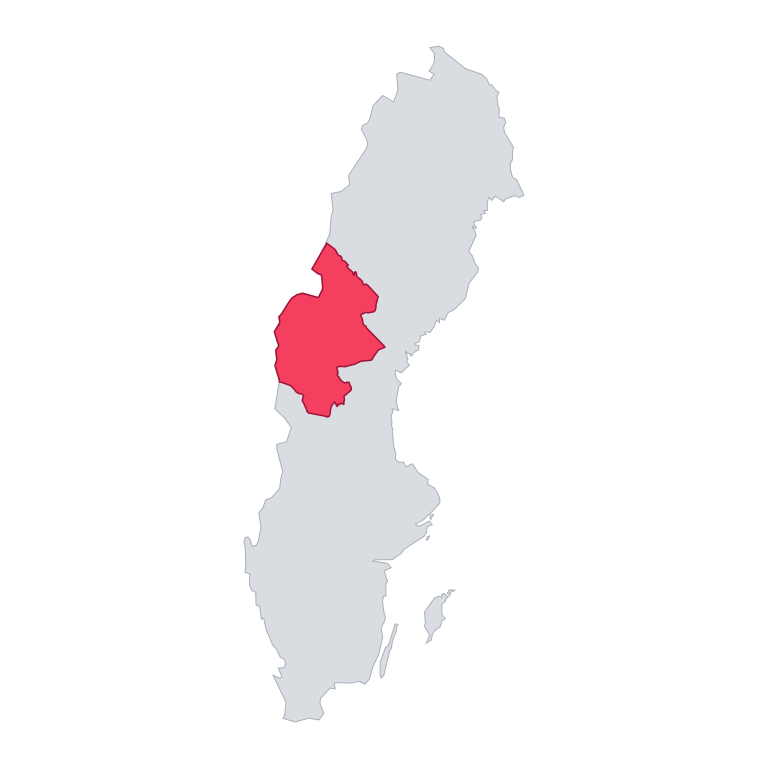 location of Jämtland within Sweden
{"feature_id": "SWE-189", "entity_name": "Jämtland", "entity_type": "County", "adm_level": 1, "iso_a3": "SWE", "parent_name": "Sweden", "parent_adm1": "", "projection": "orthographic", "projection_center": [14.766, 63.349], "detail": "fine", "context": "in_parent", "style": "filled", "palette": "rose", "viewbox_px": 768, "rotation_deg": 0, "n_neighbors": 0, "source": "natural_earth", "source_scale": "10m", "svg_char_len": 6476}
<svg xmlns="http://www.w3.org/2000/svg" viewBox="0 0 768 768"><path d="M250.2,539.7L252.0,546.0L256.4,545.4L258.3,541.0L261.1,527.8L258.8,512.9L262.9,507.9L265.7,499.8L271.6,497.7L279.7,488.4L280.8,478.7L282.8,471.7L277.0,449.7L276.7,444.3L286.6,441.8L291.2,427.6L284.8,418.1L274.8,408.9L279.3,381.3L275.6,366.1L276.4,359.7L276.1,350.0L278.7,346.1L274.5,331.6L279.6,321.9L279.0,316.8L293.1,297.4L302.0,293.9L318.3,297.3L322.2,289.4L322.4,285.2L321.0,275.2L312.1,269.2L322.1,251.5L329.7,234.0L331.2,217.1L333.0,209.9L331.2,193.4L341.1,191.5L349.8,184.6L348.5,175.6L367.0,147.5L367.5,142.6L365.9,137.9L361.3,129.5L362.5,125.5L367.4,123.1L369.7,119.3L372.9,106.1L382.5,95.5L393.7,101.9L397.9,90.1L396.7,74.1L400.5,72.2L429.9,80.3L434.2,74.0L429.1,71.2L433.4,64.4L434.4,60.3L434.5,55.7L434.1,53.2L429.7,47.6L438.5,46.1L443.5,48.4L444.3,51.9L465.5,68.7L481.8,74.3L486.9,79.1L489.2,84.8L491.7,84.7L495.3,89.9L498.8,92.5L496.8,96.7L498.0,105.4L499.3,109.3L498.8,117.0L504.2,118.1L505.7,122.5L503.6,127.5L504.6,132.6L513.4,147.1L512.4,152.4L512.8,158.8L510.3,163.9L510.4,168.9L511.8,175.0L513.3,177.9L516.6,179.5L524.0,195.5L518.9,197.4L514.6,195.7L505.5,199.0L503.5,201.8L495.5,196.1L491.9,200.3L488.7,197.4L487.1,203.1L487.3,210.6L483.9,210.4L485.4,213.1L481.0,214.6L480.8,215.8L481.9,217.5L480.7,220.0L474.5,221.4L473.9,224.0L476.0,226.7L476.1,228.5L471.8,226.2L475.1,231.3L476.1,235.2L468.7,251.7L472.1,255.5L475.4,264.0L478.5,267.7L477.8,271.9L469.3,282.8L465.3,298.5L454.1,309.6L448.0,312.7L444.4,320.2L439.4,318.4L439.5,322.5L436.3,320.1L434.1,326.7L430.1,332.4L425.2,331.7L424.7,332.7L426.3,334.2L420.8,335.9L419.4,341.6L415.4,343.4L414.8,345.2L419.0,345.3L418.4,350.0L413.7,352.5L412.1,355.6L410.0,355.6L410.3,353.4L407.1,353.6L406.0,351.1L405.4,351.8L407.9,359.1L406.4,362.2L409.6,365.0L401.1,372.8L395.6,370.2L395.0,372.4L396.4,378.7L401.3,383.5L398.6,386.9L396.1,401.7L398.6,410.6L392.2,408.9L392.8,412.2L391.0,416.2L392.0,422.0L391.5,425.8L393.0,429.1L392.3,430.8L393.8,446.8L395.9,453.6L395.4,459.1L398.1,461.9L403.8,462.4L405.6,466.8L412.6,463.8L418.1,472.5L428.1,479.5L427.8,484.5L434.2,487.7L438.2,494.2L439.9,499.7L439.7,503.2L430.5,513.2L423.3,519.9L415.7,524.1L416.2,525.6L420.1,526.0L429.2,521.0L432.2,524.8L427.2,526.9L426.4,532.4L424.4,536.0L404.0,549.3L401.4,553.2L392.2,559.7L375.2,559.8L372.7,561.1L387.4,563.3L391.1,567.7L384.2,570.8L387.5,581.5L385.8,584.1L386.0,596.0L383.4,596.3L382.5,601.3L384.1,613.2L385.4,616.5L385.0,619.9L381.1,628.1L382.7,637.7L378.3,655.4L373.2,665.7L369.3,679.3L364.7,684.2L359.2,681.3L351.0,683.1L336.1,682.6L334.2,684.0L335.3,688.9L329.9,688.1L320.4,698.6L320.0,703.7L323.8,713.5L319.1,719.9L308.8,718.2L295.2,721.9L283.1,718.4L284.7,715.1L286.0,702.1L273.0,675.2L279.3,678.1L282.0,676.8L278.3,668.1L283.7,667.7L285.5,664.6L284.7,659.6L280.3,657.3L276.6,649.3L272.7,645.1L266.0,629.2L263.8,618.3L261.4,619.2L259.7,606.7L256.0,604.7L255.8,592.2L251.8,590.6L249.5,584.7L249.6,573.9L244.9,572.2L245.8,567.0L245.2,547.8L244.0,541.7L245.4,537.4L248.0,537.1L250.2,539.7ZM448.4,597.0L446.3,598.3L445.2,601.8L441.9,603.8L441.9,614.7L445.3,618.7L442.1,620.7L440.2,626.6L434.5,630.9L432.3,634.7L431.3,640.1L426.3,643.2L429.6,635.0L424.3,626.1L425.4,622.7L424.5,612.1L434.3,598.2L439.0,596.2L441.3,597.6L442.0,594.3L443.5,593.4L448.4,597.0ZM383.7,675.7L381.1,678.0L380.2,674.8L380.2,662.2L385.7,647.0L388.3,645.7L394.8,625.1L395.6,623.8L398.0,624.9L396.3,626.9L396.5,630.4L392.3,641.5L391.3,648.6L389.8,650.4L383.7,675.7ZM450.2,592.6L449.9,595.7L447.2,593.4L449.4,589.8L454.6,590.3L450.2,592.6ZM433.6,514.5L430.7,519.5L429.9,517.5L430.5,515.1L433.6,514.5ZM427.9,539.7L426.3,540.1L427.3,536.8L429.5,535.9L427.9,539.7Z" fill="#d9dde1" stroke="#a8b0b8" stroke-width="1"/><path d="M326.6,243.2L326.8,243.3L334.4,248.9L335.6,250.2L335.9,250.8L336.3,251.4L336.5,252.0L338.1,254.8L338.4,255.1L338.7,255.3L339.8,255.7L340.6,256.2L341.0,256.5L341.4,257.1L341.7,257.9L342.1,259.7L342.4,260.4L342.6,260.7L342.9,260.8L344.1,260.9L344.9,261.4L345.8,262.1L346.2,262.5L346.5,262.9L346.6,263.3L347.3,264.2L347.8,264.5L348.2,264.9L348.3,265.0L348.1,265.2L346.9,265.9L346.7,266.3L347.0,266.7L347.5,267.1L347.8,267.5L348.2,268.2L351.8,271.4L352.4,272.0L352.7,272.5L352.8,272.7L352.9,273.0L353.0,273.8L353.3,274.7L353.4,274.9L353.6,275.0L354.1,274.7L354.4,273.3L354.5,272.8L354.8,272.0L355.6,271.8L356.1,272.4L356.3,273.0L356.5,274.9L356.8,276.0L357.3,276.9L361.6,280.4L362.4,281.6L363.0,283.5L363.4,284.5L363.8,284.8L365.3,284.2L366.1,284.2L366.7,284.5L367.6,285.1L378.2,296.5L376.0,304.7L375.9,307.6L375.3,310.4L374.0,311.5L373.1,311.9L368.2,312.8L366.0,312.4L364.8,312.7L362.8,313.8L361.2,314.4L360.6,315.5L361.9,317.9L362.4,319.4L362.8,321.7L362.9,322.8L363.2,324.2L363.8,324.9L364.7,325.2L365.8,326.2L366.8,328.3L384.8,346.7L384.7,347.4L379.4,349.4L378.0,350.4L373.3,357.2L372.2,359.3L371.4,360.0L370.5,360.3L360.9,361.2L354.7,364.2L344.8,366.7L340.8,366.4L337.8,366.8L337.2,367.2L336.9,367.7L337.0,368.0L337.1,368.3L337.1,368.6L337.1,368.9L337.1,369.1L337.1,369.4L337.1,369.6L337.4,370.1L337.5,370.5L337.7,371.8L338.0,372.7L338.0,373.0L337.9,373.3L337.5,373.6L337.2,374.1L337.6,375.5L338.6,376.6L340.0,379.0L341.0,380.3L342.5,381.8L343.9,382.5L345.4,382.9L347.1,382.2L349.2,382.5L349.7,384.5L350.3,385.7L350.8,386.5L351.2,387.3L351.4,388.5L351.2,389.4L350.6,390.6L344.1,396.1L343.9,396.4L344.3,398.3L344.4,399.2L344.4,400.0L344.2,400.9L343.9,401.3L343.8,401.6L343.8,402.0L343.9,402.7L344.0,403.7L343.6,404.3L343.1,404.3L342.4,403.6L341.2,403.4L340.1,403.6L339.6,404.6L338.8,404.7L337.9,404.0L337.3,404.3L337.6,405.6L337.5,406.2L337.3,406.4L337.0,406.2L336.7,405.9L335.0,402.7L334.9,402.3L334.4,402.3L333.7,402.9L331.8,405.6L331.0,407.5L330.5,410.0L329.9,414.5L329.0,416.5L326.6,416.9L324.6,416.0L308.5,413.0L307.1,411.6L306.6,409.8L306.0,408.3L304.9,406.2L304.1,404.1L302.3,400.7L303.1,397.0L303.7,395.8L301.5,393.7L299.2,393.8L296.1,391.9L294.4,389.4L290.5,385.5L280.1,381.9L279.5,382.0L279.6,381.3L279.0,378.8L278.9,378.4L275.1,366.3L275.1,365.3L275.4,364.0L276.3,361.6L276.7,360.3L276.8,359.1L275.8,351.6L275.8,350.5L276.0,349.8L278.8,346.0L275.6,335.9L274.3,331.7L279.3,323.7L279.7,322.8L279.7,321.7L278.9,316.7L281.7,313.9L286.1,306.5L290.6,299.5L292.3,297.8L297.2,294.6L302.7,293.2L310.2,295.3L317.8,297.5L318.3,297.5L318.7,297.0L322.4,289.7L322.6,288.8L322.7,287.9L321.8,276.3L321.4,275.1L320.7,274.5L319.0,274.1L318.1,273.8L311.9,269.1L317.6,259.2L323.3,249.2L326.2,244.7L326.6,243.2Z" fill="#f43f5e" stroke="#9f1239" stroke-width="1.5"/></svg>